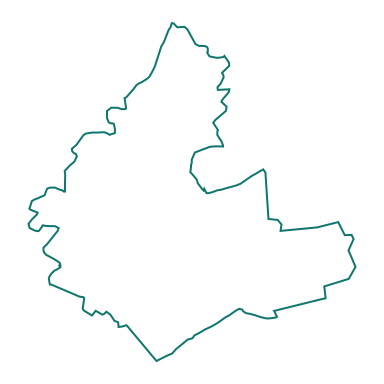 Abu Hammad, Ash Sharqiyah, Egypt (Mercator projection)
{"feature_id": "37247803B30253280006981", "entity_name": "Abu Hammad", "entity_type": "district", "adm_level": 2, "iso_a3": "EGY", "parent_name": "Egypt", "parent_adm1": "Ash Sharqiyah", "projection": "mercator", "projection_center": [31.677, 30.543], "detail": "fine", "context": "isolated", "style": "outline", "palette": "teal", "viewbox_px": 384, "rotation_deg": 0, "n_neighbors": 0, "source": "geoboundaries", "source_scale": "gbopen_adm2", "svg_char_len": 3450}
<svg xmlns="http://www.w3.org/2000/svg" viewBox="0 0 384 384"><path d="M207.3,47.6L206.7,46.7L204.3,46.0L199.7,45.9L199.0,45.9L195.4,44.0L187.4,29.4L185.8,28.0L184.5,26.9L183.3,26.9L177.3,27.3L173.8,23.6L172.0,23.0L171.4,24.2L170.8,26.6L168.3,30.7L165.1,39.1L163.9,42.1L161.4,46.2L160.4,49.2L155.0,66.0L154.4,67.4L152.5,71.3L149.4,76.7L147.6,78.4L142.2,81.9L138.6,83.6L136.4,85.2L136.3,85.3L133.7,88.9L126.4,97.2L124.6,98.1L125.7,105.5L126.1,108.6L124.3,109.2L121.4,109.1L117.8,107.8L111.3,107.7L107.0,111.0L107.0,114.2L106.9,117.8L108.6,122.1L110.3,123.3L112.7,123.4L113.9,124.0L115.0,129.5L114.8,133.1L111.0,134.3L109.5,134.8L107.7,133.5L106.0,132.9L104.2,132.2L96.5,132.6L92.3,132.5L91.7,132.7L89.3,133.0L85.7,133.6L83.3,135.3L76.5,144.8L71.9,148.8L72.2,151.3L74.0,153.2L75.8,153.8L76.4,155.2L76.9,156.3L74.4,161.6L69.6,165.7L67.4,168.1L64.7,171.0L65.2,174.7L65.0,183.6L64.9,190.2L65.0,191.5L63.7,191.5L63.1,190.9L61.9,190.2L59.5,189.6L56.6,188.3L54.6,187.5L53.0,187.6L50.1,187.6L47.1,188.7L44.5,195.3L42.1,196.4L40.3,197.0L38.5,198.1L37.3,198.5L34.9,199.3L31.9,201.0L29.4,208.8L31.1,210.0L32.9,210.7L37.6,212.6L37.0,214.4L32.2,219.1L28.5,223.8L29.6,228.0L34.9,230.6L37.9,231.2L39.1,230.7L42.1,226.5L42.7,225.3L46.3,226.0L50.5,226.1L52.2,226.1L55.2,226.2L57.5,227.5L58.7,228.1L57.5,231.1L47.1,244.1L45.9,245.3L43.5,247.6L43.4,250.0L44.0,252.4L46.3,254.9L53.4,258.7L57.5,261.2L59.8,263.0L60.4,265.5L59.4,265.6L60.3,267.3L56.7,269.6L54.3,270.7L51.3,273.7L49.4,276.6L48.8,278.4L49.3,281.5L49.9,284.5L51.0,284.5L52.3,285.0L79.4,296.6L83.4,297.2L84.1,297.9L84.0,299.7L83.5,303.0L82.7,308.7L83.8,310.5L92.0,315.5L95.7,310.8L102.2,314.6L104.0,314.0L106.4,311.7L110.5,314.8L112.5,317.8L114.5,320.9L118.1,322.2L118.6,327.0L122.2,326.5L124.5,325.9L126.1,325.2L126.9,325.6L154.9,359.1L156.0,360.3L156.5,361.0L166.7,355.8L172.1,353.5L176.4,348.8L186.7,340.4L187.9,339.5L192.4,338.3L194.5,335.4L200.0,332.5L204.8,329.6L212.0,326.2L218.0,322.7L225.2,317.5L229.4,315.2L236.1,310.5L238.0,309.4L239.1,308.8L240.2,309.1L242.1,309.5L243.2,311.3L246.1,313.2L250.3,313.9L255.0,315.2L256.9,315.8L260.9,317.2L266.8,318.5L270.0,318.3L271.1,318.2L272.2,318.1L272.4,318.0L273.5,317.9L275.8,317.5L277.0,316.8L274.1,310.9L322.6,298.9L324.8,298.5L325.6,298.3L324.3,286.4L329.8,284.7L348.7,278.9L355.5,266.9L353.0,260.9L348.5,250.4L353.6,239.1L351.6,234.9L344.8,235.2L338.2,222.1L317.2,227.4L293.0,229.7L280.6,230.9L281.5,224.5L277.7,219.9L268.5,219.0L267.2,200.0L266.0,181.3L265.6,175.3L265.6,174.7L265.5,172.9L264.7,171.6L263.8,170.2L263.3,169.4L259.4,171.5L255.7,173.8L251.5,176.1L240.6,183.7L236.4,185.4L231.4,186.8L224.5,188.7L220.9,189.8L217.3,190.3L214.3,191.5L210.7,192.6L208.9,193.1L206.5,193.1L204.2,188.8L203.6,190.6L202.4,189.4L200.1,186.3L197.8,183.2L196.7,179.6L193.2,175.3L192.5,174.5L190.9,172.8L190.3,172.2L191.0,167.4L191.0,165.0L191.4,164.0L191.7,163.2L191.8,159.6L193.6,155.4L194.9,152.5L201.4,150.0L209.9,146.8L215.9,146.3L223.0,146.5L223.0,145.3L221.3,141.0L219.6,138.6L217.3,134.9L217.4,131.3L218.0,130.1L215.5,126.3L213.2,122.7L215.6,119.7L218.5,117.2L221.4,114.8L225.9,110.9L226.6,106.7L226.0,106.1L221.4,101.8L222.6,99.4L226.2,95.2L228.7,92.3L229.4,89.3L223.4,89.6L217.8,89.9L217.5,87.2L220.6,83.7L223.7,77.1L223.2,74.7L222.0,72.9L222.6,72.3L224.4,70.5L229.3,65.8L229.1,64.0L228.8,62.2L224.4,56.0L223.8,56.8L222.0,57.3L217.8,57.8L216.6,57.8L209.5,56.4L207.2,52.7L207.8,51.6L207.8,48.5L207.3,47.6Z" fill="none" stroke="#0f766e" stroke-width="2"/></svg>